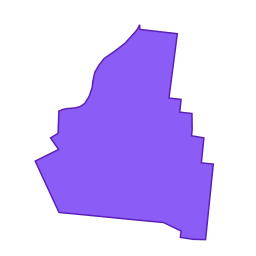 Floyd, Indiana, United States of America, rotated 186°
{"feature_id": "52423323B55825448970997", "entity_name": "Floyd", "entity_type": "district", "adm_level": 2, "iso_a3": "USA", "parent_name": "United States of America", "parent_adm1": "Indiana", "projection": "equal_earth", "projection_center": [-85.894, 38.3], "detail": "fine", "context": "isolated", "style": "filled", "palette": "violet", "viewbox_px": 256, "rotation_deg": 186, "n_neighbors": 0, "source": "geoboundaries", "source_scale": "gbopen_adm2", "svg_char_len": 685}
<svg xmlns="http://www.w3.org/2000/svg" viewBox="0 0 256 256"><g transform="rotate(186 128 128)"><path d="M64.5,24.7L51.6,24.1L39.2,25.1L39.4,101.0L51.4,101.0L51.5,126.1L64.0,126.9L64.0,133.0L65.9,149.1L78.2,149.2L78.2,162.0L90.4,162.1L88.8,226.9L126.5,227.3L127.2,231.9L128.4,228.5L130.4,224.9L139.9,211.9L143.7,208.2L144.6,207.4L145.5,206.5L147.7,204.4L159.0,194.6L162.7,188.7L162.9,188.4L166.8,180.2L167.9,170.2L167.8,164.8L169.9,155.5L173.6,147.9L177.3,144.6L182.3,142.5L191.3,140.8L195.6,139.3L196.9,138.3L198.5,137.7L197.0,115.4L204.0,110.0L194.8,99.4L216.8,85.4L187.8,36.8L113.4,37.4L82.8,37.7L64.4,31.1L64.5,24.7Z" fill="#8b5cf6" stroke="#5b21b6" stroke-width="1.5"/></g></svg>